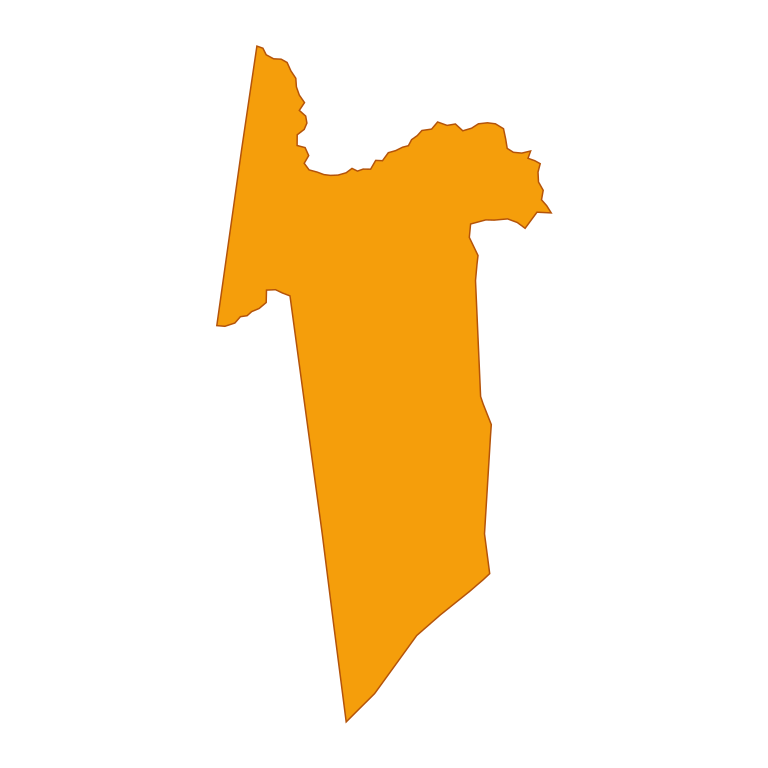 Tufilândia, Maranhão, Brazil
{"feature_id": "56859067B40819764900175", "entity_name": "Tufilândia", "entity_type": "district", "adm_level": 2, "iso_a3": "BRA", "parent_name": "Brazil", "parent_adm1": "Maranhão", "projection": "robinson", "projection_center": [-45.575, -3.771], "detail": "fine", "context": "isolated", "style": "filled", "palette": "amber", "viewbox_px": 768, "rotation_deg": 0, "n_neighbors": 0, "source": "geoboundaries", "source_scale": "gbopen_adm2", "svg_char_len": 1370}
<svg xmlns="http://www.w3.org/2000/svg" viewBox="0 0 768 768"><path d="M216.8,325.6L224.9,326.3L234.9,323.0L240.4,316.7L247.1,315.7L251.7,311.6L259.1,308.5L266.2,302.5L266.5,290.1L275.5,289.7L282.4,293.0L290.0,295.9L322.3,534.3L333.5,623.3L346.2,721.9L359.3,708.8L374.6,693.6L416.7,635.5L440.3,614.9L470.3,590.8L477.0,585.0L483.1,579.8L489.7,573.6L484.5,533.8L490.5,435.9L491.3,424.6L483.1,403.9L480.6,396.5L475.5,280.6L477.0,264.2L478.0,255.5L469.3,237.4L470.6,224.0L485.8,219.9L494.2,220.1L507.6,218.9L517.3,222.5L525.1,228.3L537.0,212.2L551.2,212.9L546.7,205.7L541.5,199.8L543.2,190.3L538.5,182.0L538.0,172.1L540.2,163.7L534.8,160.7L528.0,158.3L530.6,151.0L521.8,153.1L513.4,152.3L507.2,148.4L505.7,139.2L503.5,128.7L495.4,123.8L487.4,122.8L478.4,123.8L471.6,128.2L462.8,130.8L455.4,124.0L447.1,125.4L437.6,122.0L431.6,129.1L421.9,130.5L417.3,135.6L411.6,139.6L408.4,145.7L402.6,147.2L395.7,150.6L388.3,152.7L382.5,160.7L375.7,160.4L370.6,169.2L363.1,169.1L357.5,171.1L352.0,168.4L346.1,172.8L338.0,175.1L330.4,175.4L323.9,174.6L317.2,172.1L309.1,169.9L304.2,163.3L308.7,155.6L305.1,147.6L297.1,145.5L297.2,134.8L304.2,129.4L306.9,123.1L305.7,116.1L299.3,110.4L304.5,102.6L299.3,95.1L296.4,86.9L295.8,78.3L290.9,70.9L287.1,62.5L281.2,59.2L273.6,58.8L266.2,54.8L262.9,48.2L256.9,46.1L241.7,149.0L216.8,325.6Z" fill="#f59e0b" stroke="#b45309" stroke-width="1.5"/></svg>